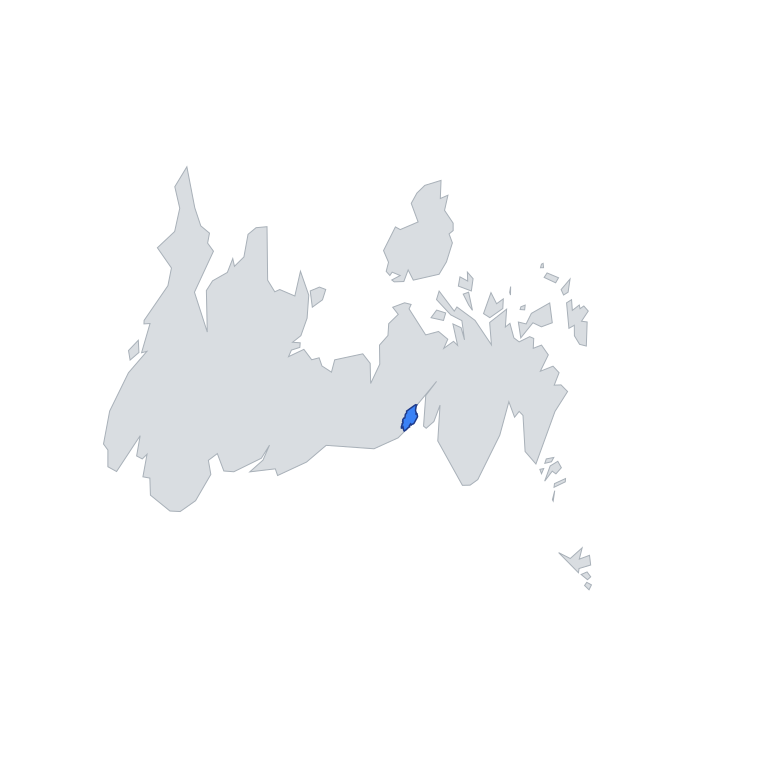 where East Lothian sits in United Kingdom, rotated 116°
{"feature_id": "GBR-2022", "entity_name": "East Lothian", "entity_type": "Unitary District", "adm_level": 1, "iso_a3": "GBR", "parent_name": "United Kingdom", "parent_adm1": "", "projection": "equal_earth", "projection_center": [-2.666, 55.943], "detail": "fine", "context": "in_parent", "style": "filled", "palette": "blue", "viewbox_px": 768, "rotation_deg": 116, "n_neighbors": 0, "source": "natural_earth", "source_scale": "10m", "svg_char_len": 4551}
<svg xmlns="http://www.w3.org/2000/svg" viewBox="0 0 768 768"><g transform="rotate(116 384 384)"><path d="M414.8,565.6L377.9,584.6L366.4,583.3L352.4,573.7L337.6,574.9L343.8,570.0L331.2,565.6L309.1,571.8L299.6,567.5L293.9,558.1L341.7,534.1L349.0,522.6L344.8,519.1L344.0,502.7L319.3,508.5L337.1,490.6L358.5,482.0L377.0,479.9L386.6,484.5L383.7,477.4L388.0,475.7L394.1,482.1L401.3,481.8L388.0,471.2L393.9,459.6L388.9,453.8L395.0,447.7L396.4,436.4L383.9,438.9L366.2,416.3L371.5,405.5L389.4,396.2L368.0,396.5L351.0,405.1L338.7,401.7L327.7,406.2L315.2,401.7L311.2,409.8L302.0,401.1L300.6,394.5L305.5,394.4L321.6,368.1L312.9,358.0L315.8,346.3L325.8,345.9L315.2,340.2L317.0,334.8L299.8,348.4L299.6,339.4L309.0,331.0L292.9,341.8L292.6,354.4L285.1,373.8L276.3,375.2L287.7,352.8L282.8,352.2L286.9,330.1L301.7,304.6L282.4,316.0L263.0,306.6L279.6,299.9L274.3,297.4L285.6,287.5L286.9,281.0L277.6,273.8L277.4,269.4L286.5,265.5L280.0,259.5L285.8,249.1L304.0,249.1L293.9,239.9L297.1,231.6L310.4,230.5L307.2,224.5L310.3,215.7L333.7,218.3L389.3,212.4L382.8,227.6L351.3,245.3L349.4,250.5L356.6,252.1L345.2,264.0L379.3,257.5L428.8,257.8L437.2,262.3L440.7,269.1L411.6,310.7L378.4,324.4L395.8,322.7L405.3,326.7L404.5,330.0L376.1,341.4L358.6,337.9L389.0,345.2L407.5,341.4L426.2,347.7L446.6,364.6L464.5,409.1L488.1,419.4L512.9,439.5L507.9,444.5L521.8,466.1L505.5,459.4L489.1,460.1L504.5,461.7L528.7,480.5L532.4,489.8L519.6,503.3L529.6,508.4L541.2,500.0L571.5,502.2L588.0,511.3L592.0,520.7L586.3,545.2L571.2,553.2L573.1,560.0L551.0,566.2L557.3,568.4L557.1,574.8L537.3,580.5L579.9,586.0L579.4,595.9L564.4,603.2L560.9,609.8L528.6,618.7L485.9,618.6L458.6,611.4L462.2,615.6L432.2,620.8L435.2,626.1L432.0,627.5L390.4,621.3L372.9,625.9L360.9,647.4L338.7,639.0L315.6,644.6L298.4,658.5L275.2,656.4L308.6,631.3L322.2,618.0L324.9,607.0L334.7,604.3L339.4,595.5L384.6,594.6L414.8,565.6ZM264.3,442.9L237.8,442.6L238.1,437.1L223.4,424.4L209.7,438.7L197.9,438.1L187.6,434.4L176.0,422.0L192.6,414.7L186.3,409.3L201.4,405.7L209.1,392.4L215.8,389.1L220.6,391.3L227.2,384.4L246.9,381.4L261.2,382.6L277.8,403.2L270.9,412.3L283.2,411.1L287.7,419.6L287.1,422.6L279.4,417.0L279.9,425.7L283.9,426.3L281.8,431.4L272.6,433.3L264.3,442.9ZM262.6,225.6L257.2,234.0L247.8,238.7L252.9,242.2L231.0,255.5L226.0,252.4L235.3,247.0L227.4,243.1L230.4,240.8L226.3,238.6L228.9,232.4L241.0,234.0L239.2,228.6L261.2,218.8L262.6,225.6ZM263.6,267.6L263.7,277.0L282.6,281.3L269.4,290.4L267.7,282.6L255.9,282.5L238.5,270.6L255.2,259.6L263.6,267.6ZM456.1,118.9L464.3,127.8L468.4,126.5L459.0,153.1L459.2,140.1L444.4,134.1L455.8,131.7L447.9,124.2L456.1,118.9ZM277.1,325.4L255.0,327.9L262.5,318.0L255.2,314.1L264.1,310.3L278.0,318.0L277.1,325.4ZM335.3,476.2L346.4,482.1L332.7,491.1L325.2,484.5L324.6,477.8L335.3,476.2ZM262.1,346.3L263.4,360.1L254.4,362.7L254.8,353.9L246.9,358.1L250.3,350.1L262.1,346.3ZM389.4,190.1L388.6,194.6L400.9,197.0L384.8,198.7L377.3,193.9L381.5,187.9L389.4,190.1ZM303.8,370.8L294.5,369.1L293.1,359.7L300.8,358.4L303.8,370.8ZM473.8,622.7L465.9,628.3L452.4,624.0L463.1,618.1L473.8,622.7ZM268.5,352.2L264.4,348.2L279.0,336.8L275.9,342.5L268.5,352.2ZM220.8,258.8L225.3,261.6L221.5,266.2L208.1,262.8L220.8,258.8ZM218.0,286.8L212.7,286.1L212.0,273.7L217.8,274.1L218.0,286.8ZM468.8,123.3L463.9,119.1L466.7,113.7L470.7,115.3L468.8,123.3ZM402.3,185.9L398.8,187.1L389.4,179.4L392.5,178.2L402.3,185.9ZM384.8,204.7L380.2,205.3L375.6,199.2L380.5,199.4L384.8,204.7ZM479.1,109.5L477.2,115.4L473.4,114.8L473.6,109.5L479.1,109.5ZM414.2,181.9L405.0,183.8L415.1,180.6L414.2,181.9ZM257.4,294.3L254.6,294.8L251.2,291.7L255.7,290.1L257.4,294.3ZM395.6,203.1L392.4,206.5L390.0,203.4L395.6,203.1ZM246.6,311.2L240.9,312.9L248.6,309.3L246.6,311.2ZM210.9,294.3L207.3,295.0L205.8,293.9L209.5,291.6L210.9,294.3Z" fill="#d9dde1" stroke="#a8b0b8" stroke-width="1"/><path d="M388.5,345.4L390.4,345.3L393.5,344.3L394.5,343.7L395.2,343.0L395.9,342.3L396.9,342.2L396.7,341.6L396.6,341.4L396.4,341.2L397.1,340.7L398.3,339.7L399.2,339.5L406.1,339.8L406.9,340.1L408.0,341.2L408.8,341.5L408.4,342.4L408.2,342.6L408.8,342.8L409.8,342.6L410.4,342.9L410.6,342.7L411.0,342.5L411.3,342.2L411.9,342.7L413.6,343.5L415.2,343.9L417.4,345.2L417.2,345.5L416.7,346.2L414.3,348.1L415.7,348.5L416.0,349.0L415.9,349.2L415.3,349.1L414.7,349.7L412.7,349.8L412.1,350.3L411.6,349.9L410.3,350.0L409.7,350.8L408.9,350.7L408.4,351.3L407.7,351.5L405.9,351.2L405.8,350.7L405.3,350.4L401.9,351.5L400.1,351.0L398.4,351.8L397.4,351.2L394.5,349.7L389.9,347.2L388.7,346.4L388.6,345.6L388.5,345.4L388.5,345.4Z" fill="#3b82f6" stroke="#1e3a8a" stroke-width="1.5"/></g></svg>